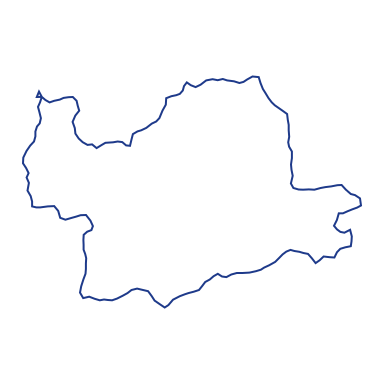 outline of Capitão Andrade, Minas Gerais, Brazil
{"feature_id": "56859067B3276419285071", "entity_name": "Capitão Andrade", "entity_type": "district", "adm_level": 2, "iso_a3": "BRA", "parent_name": "Brazil", "parent_adm1": "Minas Gerais", "projection": "natural_earth1", "projection_center": [-41.826, -19.051], "detail": "fine", "context": "isolated", "style": "outline", "palette": "blue", "viewbox_px": 384, "rotation_deg": 0, "n_neighbors": 0, "source": "geoboundaries", "source_scale": "gbopen_adm2", "svg_char_len": 2644}
<svg xmlns="http://www.w3.org/2000/svg" viewBox="0 0 384 384"><path d="M41.8,96.9L40.0,102.4L38.0,106.9L39.4,112.1L40.9,118.2L39.7,123.4L37.0,126.5L35.4,131.5L35.4,136.4L34.0,141.5L30.2,145.6L26.5,151.0L23.3,157.6L23.0,163.3L26.2,168.2L28.6,173.1L26.6,177.5L28.9,182.9L27.5,190.6L30.7,196.1L32.1,201.5L32.1,206.4L36.3,207.4L40.2,207.4L47.8,206.4L54.2,206.1L58.2,210.9L60.2,217.8L65.4,219.7L71.2,218.0L76.2,216.6L80.6,215.2L86.0,215.0L90.4,220.6L92.9,226.1L91.4,230.1L87.2,231.7L83.7,234.8L83.4,240.0L83.6,245.0L83.6,249.7L85.2,254.0L86.2,258.2L85.9,263.4L85.9,269.0L85.5,273.8L83.4,279.4L81.2,286.3L80.0,292.6L83.2,298.1L89.2,296.7L94.7,298.8L99.8,300.3L104.0,299.5L107.9,300.0L112.1,300.3L117.0,298.6L122.6,295.8L127.5,293.1L131.5,290.0L137.1,288.6L142.6,289.9L148.1,291.2L151.7,296.1L154.6,300.6L159.8,304.2L164.7,307.5L168.4,305.1L173.0,299.7L179.8,296.2L184.8,294.3L188.4,293.1L193.8,291.7L199.0,290.0L202.2,286.0L205.2,282.0L209.8,279.5L213.6,276.2L217.8,273.8L222.0,276.5L226.4,277.1L231.3,274.5L236.8,273.0L242.5,273.0L249.5,272.6L255.9,271.2L260.9,269.7L264.1,267.6L269.1,265.3L275.2,261.9L279.4,257.7L282.6,254.4L286.3,251.6L290.5,249.9L294.4,251.0L299.4,251.8L303.4,253.0L308.0,253.9L311.8,258.2L315.6,263.1L319.6,260.3L323.6,256.5L329.8,257.2L334.4,257.5L337.0,252.2L340.3,248.8L345.3,247.3L350.8,246.2L351.5,241.4L351.8,236.4L350.1,229.8L344.4,232.7L340.4,231.9L337.0,229.4L334.0,225.8L336.9,220.0L338.8,213.3L343.0,213.3L347.7,211.2L352.4,209.3L357.1,207.6L361.0,205.5L360.0,198.4L355.0,195.1L350.8,194.0L345.9,189.7L341.6,185.0L337.4,185.2L331.2,186.4L325.4,187.1L320.6,188.0L314.4,189.7L308.8,189.4L303.0,189.7L298.6,189.5L293.4,188.0L290.9,183.5L292.7,175.8L291.5,169.8L291.0,164.5L291.9,158.1L291.9,151.5L289.1,146.7L288.2,142.3L289.2,136.8L288.7,130.3L288.7,124.9L287.8,119.9L287.1,114.0L283.1,111.1L279.4,108.5L274.8,105.3L271.7,102.3L268.5,98.1L265.3,92.8L262.9,89.0L260.5,83.0L258.7,77.1L252.5,76.5L247.1,79.5L243.5,81.9L239.4,83.0L234.0,81.3L227.1,80.4L222.8,79.0L217.7,80.2L212.6,79.2L206.2,80.4L200.6,84.7L195.6,87.1L190.8,85.2L186.8,82.4L184.0,86.1L182.8,90.5L179.8,93.9L176.2,95.2L171.4,96.2L166.2,98.2L165.8,104.7L162.5,110.6L159.4,118.1L156.2,121.5L151.8,123.6L146.3,127.9L141.2,130.3L137.5,131.4L132.9,134.1L131.5,139.5L130.0,145.8L126.1,145.4L122.3,142.1L117.7,141.5L113.1,142.3L105.4,142.8L101.8,144.9L96.6,148.1L92.1,144.4L87.5,144.9L82.7,142.2L78.7,138.5L75.4,133.6L74.8,128.1L72.6,121.9L75.3,115.6L79.2,110.7L77.7,105.6L76.6,100.8L72.8,97.0L68.5,97.2L63.6,97.9L59.8,99.6L54.2,100.8L49.6,102.4L45.4,100.0L41.8,96.9ZM36.8,97.0L41.8,96.9L39.0,91.6L36.8,97.0Z" fill="none" stroke="#1e3a8a" stroke-width="2"/></svg>